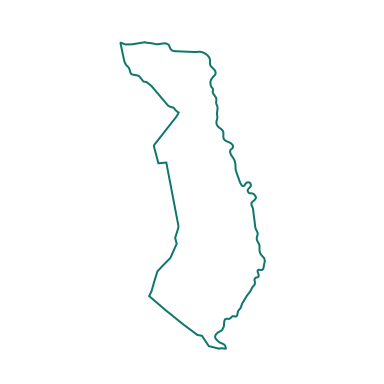 outline of Saint-Louis, rotated 79°
{"feature_id": "SEN-5517", "entity_name": "Saint-Louis", "entity_type": "Region", "adm_level": 1, "iso_a3": "SEN", "parent_name": "Senegal", "parent_adm1": "", "projection": "albers", "projection_center": [-15.156, 16.165], "detail": "fine", "context": "isolated", "style": "outline", "palette": "teal", "viewbox_px": 384, "rotation_deg": 79, "n_neighbors": 0, "source": "natural_earth", "source_scale": "10m", "svg_char_len": 3087}
<svg xmlns="http://www.w3.org/2000/svg" viewBox="0 0 384 384"><g transform="rotate(79 192 192)"><path d="M212.1,132.6L213.0,134.3L214.2,135.8L216.3,136.1L219.7,135.3L238.9,136.6L240.2,136.5L244.1,135.5L245.2,135.4L246.2,135.7L249.3,137.2L250.6,137.4L251.8,137.4L256.5,136.0L257.7,136.0L262.3,136.9L263.5,136.9L264.7,136.8L265.9,136.5L267.0,136.0L270.0,134.2L271.1,133.7L273.3,133.6L280.4,136.4L281.3,137.0L281.8,137.9L281.7,139.2L281.1,141.4L281.3,142.3L282.4,142.8L286.7,142.4L287.8,142.9L288.2,143.8L288.3,145.9L288.9,146.8L290.1,147.4L292.8,147.5L294.1,147.8L295.0,148.3L296.9,150.8L297.8,151.6L300.4,153.5L304.3,157.9L311.0,164.0L314.8,166.2L315.5,166.9L317.5,169.3L318.5,169.9L320.8,170.8L321.8,171.3L322.5,172.1L322.6,172.9L321.9,174.8L321.7,175.8L321.9,176.5L323.0,178.0L323.5,179.0L323.6,180.0L323.0,182.1L323.4,184.0L325.4,185.1L329.8,186.3L330.7,186.9L332.5,188.2L333.3,189.0L333.8,190.0L334.8,193.2L335.4,194.3L336.1,195.3L337.0,196.2L338.0,196.8L339.0,197.0L339.9,196.9L340.8,196.6L342.6,195.5L344.4,194.1L345.2,193.2L347.2,190.3L348.0,189.5L349.0,188.9L350.0,188.6L351.0,188.6L352.1,188.7L351.9,190.2L351.2,192.2L350.8,193.7L351.1,195.0L346.5,204.9L335.0,209.7L333.4,213.9L320.7,225.5L302.8,240.6L286.0,253.9L281.4,250.5L272.8,246.2L263.3,241.1L258.4,234.3L252.6,225.8L239.9,216.9L233.9,217.3L224.8,212.4L222.9,211.8L158.2,211.6L157.4,219.5L139.6,220.7L138.4,219.9L115.2,193.1L112.8,190.9L111.4,190.0L110.7,190.8L110.3,191.2L108.4,192.6L106.2,193.7L105.8,194.1L105.4,194.5L105.0,195.7L103.8,197.7L103.0,198.6L102.3,199.2L80.9,211.2L80.3,211.5L76.3,214.8L75.5,215.7L75.2,216.1L75.0,216.7L74.6,217.9L74.3,218.5L73.7,218.9L68.9,221.4L67.7,222.4L67.0,223.8L65.5,227.7L65.0,228.5L64.2,229.4L62.6,229.7L60.8,229.8L58.9,230.1L57.3,230.7L54.8,232.4L52.7,233.1L50.5,233.5L32.2,233.8L31.9,233.4L34.5,229.0L35.6,222.6L36.0,209.7L36.7,208.4L38.3,203.2L40.3,198.5L40.8,190.5L41.7,188.2L43.3,186.7L47.5,185.8L49.2,184.6L50.0,183.4L50.5,182.0L55.2,162.2L55.8,157.5L56.7,155.3L58.3,153.1L60.3,151.0L62.8,149.6L65.3,149.1L69.1,149.8L70.3,149.9L71.6,149.7L72.8,149.1L76.1,146.8L77.4,146.2L78.7,146.0L80.2,146.2L81.2,146.9L82.0,147.8L83.4,149.8L85.3,151.8L87.6,153.0L90.1,153.3L92.8,152.9L93.6,152.3L94.4,151.9L95.2,151.8L96.2,152.0L97.6,152.6L98.3,152.7L99.2,152.5L103.7,150.5L105.3,150.3L109.2,151.3L110.1,151.3L112.9,150.8L114.7,150.9L119.8,152.6L123.5,152.8L124.4,153.1L127.1,154.4L128.9,154.9L130.6,154.8L132.3,154.2L133.8,153.2L136.3,150.9L137.7,150.1L139.4,149.8L144.2,150.8L145.9,150.7L147.2,150.0L148.3,149.0L151.1,145.0L152.5,143.8L154.1,143.0L155.8,143.2L156.9,144.1L157.5,145.3L158.3,146.4L159.7,147.0L161.3,146.9L162.9,146.6L167.7,144.6L169.4,144.2L173.0,144.1L178.4,144.9L180.2,144.8L192.3,142.9L194.7,142.0L195.4,141.5L195.9,140.9L195.9,140.0L195.6,139.2L193.7,137.5L193.1,135.9L193.3,134.4L194.3,133.2L195.9,132.8L197.5,133.2L198.5,134.4L199.4,135.7L200.6,136.9L201.4,137.1L202.2,137.1L203.0,136.7L203.7,136.2L204.3,135.5L204.5,134.7L204.9,133.1L205.6,132.0L206.8,131.2L209.3,130.1L210.6,130.8L212.0,132.4L212.1,132.6Z" fill="none" stroke="#0f766e" stroke-width="2"/></g></svg>